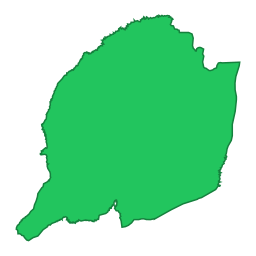 the district of Ulanga, Morogoro, United Republic of Tanzania
{"feature_id": "72390352B93515871634078", "entity_name": "Ulanga", "entity_type": "district", "adm_level": 2, "iso_a3": "TZA", "parent_name": "United Republic of Tanzania", "parent_adm1": "Morogoro", "projection": "albers", "projection_center": [36.287, -9.043], "detail": "fine", "context": "isolated", "style": "filled", "palette": "green", "viewbox_px": 256, "rotation_deg": 0, "n_neighbors": 0, "source": "geoboundaries", "source_scale": "gbopen_adm2", "svg_char_len": 5667}
<svg xmlns="http://www.w3.org/2000/svg" viewBox="0 0 256 256"><path d="M239.7,62.2L222.3,62.9L220.3,62.6L218.4,63.0L217.0,65.4L216.5,67.9L214.2,68.7L212.8,69.9L210.3,70.6L209.0,70.5L205.9,68.2L204.5,68.0L203.7,67.1L202.6,61.9L203.8,56.1L202.6,54.1L203.6,49.1L201.0,47.7L199.9,47.4L198.2,47.7L196.7,48.8L196.2,51.0L195.4,50.9L194.8,49.7L193.3,48.3L192.5,45.6L193.2,38.1L192.0,34.0L188.6,32.5L179.4,32.5L179.1,30.3L177.7,29.9L177.2,29.3L174.6,29.0L173.4,25.9L171.3,25.6L170.4,24.4L171.6,21.6L171.4,20.6L171.9,20.2L171.9,19.7L172.7,19.4L172.3,19.0L172.5,18.5L170.6,17.6L170.6,17.0L169.4,17.1L169.8,16.7L169.4,15.9L167.4,15.5L165.5,16.0L164.5,15.7L163.4,16.3L161.9,15.4L160.7,16.4L159.0,15.4L159.0,16.6L158.5,17.2L157.9,16.9L157.8,16.0L157.3,15.7L154.8,17.7L153.5,17.6L151.7,18.4L150.6,17.6L148.5,19.0L147.9,17.7L146.5,16.9L146.2,18.5L144.9,19.3L144.5,19.0L144.7,17.8L143.8,16.8L142.8,18.9L142.0,18.7L141.5,19.7L140.5,19.9L140.6,21.0L140.3,21.7L138.5,21.5L137.7,20.7L135.2,21.3L134.4,20.4L134.6,21.4L133.7,22.3L131.1,22.3L130.8,23.5L129.2,24.4L127.6,24.0L128.0,26.5L127.4,26.7L127.0,25.8L126.5,25.9L126.4,27.1L125.9,27.7L126.3,28.4L125.1,28.2L125.1,29.7L124.2,29.5L122.8,28.0L121.8,28.9L121.3,28.1L120.4,28.0L120.5,27.4L119.5,28.2L119.5,28.9L118.1,28.8L118.8,29.2L118.9,30.7L117.9,30.7L117.6,31.3L115.6,31.4L115.4,32.6L114.7,33.1L113.7,32.7L114.0,33.4L113.4,34.1L112.8,34.0L111.0,35.1L110.2,34.5L110.0,35.8L107.5,36.6L107.2,37.2L105.2,37.1L105.7,38.0L104.4,38.2L104.6,39.0L103.7,38.6L103.5,39.9L102.1,40.2L102.7,40.5L102.4,40.9L102.8,42.7L102.1,43.1L102.9,43.5L102.2,43.8L103.3,44.3L102.5,44.6L101.8,45.4L102.0,45.7L100.5,45.6L99.2,47.3L98.9,46.8L98.6,46.9L98.4,47.9L98.0,47.9L97.4,49.0L97.4,50.1L96.7,50.3L95.9,49.8L94.9,50.6L94.2,50.6L93.6,51.5L92.5,51.5L92.0,52.1L92.4,52.4L91.3,52.8L90.8,53.6L89.3,53.8L89.7,53.2L88.8,52.7L88.3,53.1L87.8,52.7L87.3,52.9L87.3,52.3L86.8,52.0L86.4,52.5L84.7,52.6L83.6,53.5L83.6,55.1L82.9,55.6L82.4,56.9L82.6,57.9L81.3,58.7L81.6,59.3L81.2,59.7L80.5,59.7L79.1,62.8L78.4,63.2L77.9,65.5L77.4,65.8L76.3,65.5L75.0,67.8L74.2,68.1L73.8,68.8L74.0,69.2L73.3,70.1L72.6,69.7L71.9,70.4L71.6,70.0L69.8,71.4L69.3,71.2L67.4,73.2L66.8,73.0L66.6,75.1L65.1,75.2L64.1,76.0L62.1,78.9L58.0,83.2L57.4,84.3L57.5,85.4L56.6,86.6L56.0,88.5L55.4,88.9L55.3,90.3L54.2,91.2L54.3,92.6L52.5,96.3L52.5,98.2L51.2,99.2L51.8,100.0L51.3,100.4L50.9,100.2L50.7,101.9L50.1,101.9L50.3,105.2L49.5,106.8L49.9,107.7L49.4,109.2L48.5,109.7L48.5,110.9L46.9,113.2L47.1,113.7L46.2,114.5L46.6,115.7L46.2,119.1L45.1,120.1L43.6,123.1L42.5,123.8L42.6,124.4L41.7,124.5L41.9,126.1L42.3,126.3L42.3,126.9L43.0,127.3L43.1,127.9L42.1,129.3L42.6,129.8L43.0,129.5L44.3,130.2L43.9,131.0L44.4,131.6L43.9,131.9L44.6,132.2L44.2,132.5L45.0,133.2L44.7,133.5L44.9,134.7L45.3,134.7L45.0,135.4L45.7,135.4L45.2,136.1L46.1,137.0L45.8,138.0L46.3,138.7L45.7,139.3L46.5,140.1L46.2,142.0L46.8,143.6L47.2,147.0L46.7,148.3L45.6,147.8L42.7,150.2L42.9,151.0L41.4,150.9L41.7,153.9L40.4,153.6L40.3,154.1L41.0,154.8L44.7,154.3L46.2,154.8L47.0,156.5L46.5,157.4L47.2,160.1L46.5,161.9L47.3,163.3L47.2,164.3L48.1,164.2L47.3,165.2L47.2,166.2L47.9,168.6L49.9,171.9L50.4,174.0L50.3,176.5L50.7,177.2L49.1,180.7L48.5,180.3L48.2,181.1L46.9,182.1L43.6,183.8L43.1,186.7L41.7,187.9L37.9,193.6L37.4,196.9L36.1,201.2L34.5,204.8L33.6,208.9L30.7,211.5L29.2,213.9L26.4,216.4L25.4,216.8L25.1,217.7L23.4,218.4L22.2,219.6L22.1,220.4L21.3,220.3L21.0,221.6L19.9,222.3L19.1,224.2L17.5,225.4L16.5,227.6L16.3,229.3L17.3,229.8L17.8,230.8L18.0,233.8L19.5,233.7L20.9,234.3L21.8,235.4L23.6,235.8L24.4,237.4L26.7,240.0L28.6,240.6L33.1,237.6L37.9,236.0L43.1,229.7L47.6,226.6L47.5,226.0L47.9,225.5L49.3,224.7L50.1,225.1L51.8,223.4L55.4,222.1L56.1,221.4L56.9,221.6L57.2,220.9L57.9,221.0L58.2,220.4L59.8,220.3L59.8,219.6L61.5,219.1L62.1,219.6L62.0,218.9L63.5,217.1L64.1,217.3L65.5,216.7L67.2,217.6L66.5,219.8L67.3,220.0L67.7,219.5L67.9,220.3L68.7,220.2L68.2,221.5L68.6,221.9L69.2,221.6L69.9,223.0L71.1,222.9L71.0,222.4L72.0,222.9L72.8,222.2L73.1,222.8L73.6,222.3L74.3,222.9L74.7,222.6L75.4,223.1L75.9,221.8L76.4,221.9L77.1,221.0L77.7,221.5L78.6,220.1L78.9,220.7L79.5,220.2L81.0,221.0L85.8,220.0L85.9,220.4L88.0,220.3L89.1,220.8L89.7,220.4L91.5,220.6L92.2,220.8L92.2,221.3L94.0,221.6L94.5,220.3L95.0,220.5L95.2,220.0L96.0,220.7L97.7,219.1L98.5,219.3L99.1,215.5L99.7,215.1L105.7,213.5L107.8,211.9L108.3,210.4L109.2,210.4L109.3,208.7L109.7,208.0L110.3,207.8L110.6,208.4L111.3,208.2L111.5,206.5L112.5,206.0L112.4,205.1L114.0,204.5L113.9,202.7L114.6,201.1L114.9,200.6L116.1,200.4L116.2,200.0L116.7,200.3L116.1,201.8L117.0,201.9L116.7,205.1L116.2,205.1L116.0,206.2L114.8,206.0L115.4,206.6L114.9,207.0L115.1,207.7L114.6,208.3L116.2,210.7L118.2,210.9L119.0,212.4L120.5,213.8L120.0,214.9L120.8,216.3L119.8,217.3L119.8,218.0L120.4,218.5L121.2,221.2L122.0,227.2L125.5,226.6L128.4,225.3L131.6,222.8L134.0,219.6L138.7,219.6L141.3,218.9L143.7,218.8L146.4,219.5L150.5,219.6L154.4,218.7L154.4,219.1L171.4,209.6L183.1,203.8L197.3,199.3L198.6,198.4L201.5,197.6L215.7,189.5L217.8,186.4L218.6,186.0L219.7,186.2L220.1,185.4L217.9,184.7L218.9,182.4L220.1,182.0L218.8,181.6L218.5,181.1L219.4,180.4L220.0,178.8L219.3,176.8L220.3,175.2L219.1,174.7L220.0,173.9L220.1,173.0L221.0,172.7L220.0,172.0L219.3,172.2L219.7,171.3L218.7,170.8L219.6,169.9L220.4,169.9L220.9,168.7L220.5,167.9L221.4,167.6L221.9,166.8L222.4,164.8L224.1,163.5L223.6,162.0L224.5,161.4L225.3,159.5L226.0,159.2L226.0,158.6L224.9,158.3L224.6,157.5L226.2,157.4L226.7,156.8L226.5,156.1L225.5,155.4L226.3,153.5L227.0,149.1L228.1,146.0L231.3,140.4L232.3,135.7L232.3,124.4L235.2,111.2L236.4,99.7L236.4,96.6L235.1,89.8L235.0,83.0L235.8,76.7L239.2,65.8L239.7,62.2Z" fill="#22c55e" stroke="#15803d" stroke-width="1.5"/></svg>